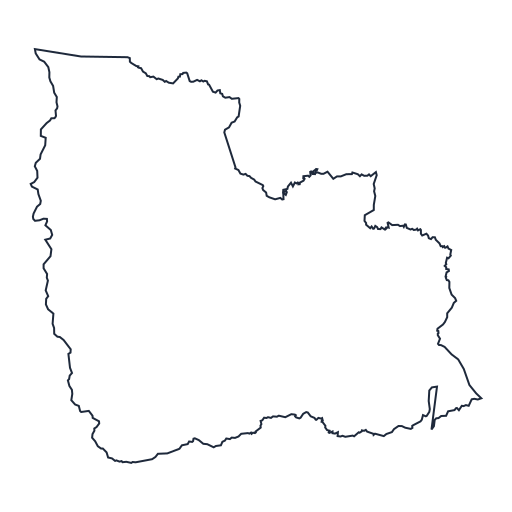 Aripuanã, Mato Grosso, Brazil (Robinson projection)
{"feature_id": "56859067B70029021148533", "entity_name": "Aripuanã", "entity_type": "district", "adm_level": 2, "iso_a3": "BRA", "parent_name": "Brazil", "parent_adm1": "Mato Grosso", "projection": "robinson", "projection_center": [-59.67, -10.104], "detail": "fine", "context": "isolated", "style": "outline", "palette": "slate", "viewbox_px": 512, "rotation_deg": 0, "n_neighbors": 0, "source": "geoboundaries", "source_scale": "gbopen_adm2", "svg_char_len": 5963}
<svg xmlns="http://www.w3.org/2000/svg" viewBox="0 0 512 512"><path d="M315.3,169.8L313.2,171.4L313.9,173.3L315.1,173.3L315.0,174.1L312.6,174.0L312.0,171.9L311.1,171.4L310.2,171.9L310.6,175.4L309.3,176.8L308.1,175.7L303.4,176.2L303.3,178.1L304.1,178.0L304.6,178.8L303.5,180.7L299.9,182.6L299.7,184.2L298.4,184.3L298.5,183.1L297.8,182.5L296.5,183.4L294.9,182.5L292.9,186.4L291.0,182.7L287.9,186.5L287.4,188.9L283.3,189.8L283.1,192.1L286.3,191.2L286.8,192.2L285.8,194.9L284.3,193.7L283.3,193.9L283.5,199.2L282.2,199.5L280.3,197.9L275.1,199.3L269.3,197.3L266.7,195.8L266.1,192.5L263.1,190.0L262.4,188.1L263.3,186.1L262.8,185.1L255.5,181.5L254.2,179.6L251.0,177.8L249.5,176.1L247.4,175.8L245.6,173.9L243.4,174.6L240.4,173.6L238.4,170.0L235.1,168.5L235.5,167.4L224.3,132.4L225.0,129.7L229.0,127.4L231.6,122.7L234.6,121.5L237.2,117.3L238.6,116.5L240.2,105.8L239.2,102.5L239.3,99.0L238.5,98.1L231.8,98.8L229.5,97.1L225.3,97.7L222.9,96.3L222.2,93.9L220.3,93.3L219.8,90.1L217.5,90.5L215.6,92.6L212.9,91.7L209.1,84.7L208.1,84.4L206.9,81.3L204.6,80.8L203.3,81.5L201.4,80.3L199.9,81.3L197.1,79.9L193.3,81.7L191.1,81.8L189.7,81.1L187.2,73.3L186.3,72.6L183.2,72.9L182.5,74.1L180.3,74.2L179.9,76.6L178.4,76.7L177.9,78.4L173.1,83.4L168.8,82.7L166.1,81.0L164.8,81.8L162.7,79.9L158.3,78.5L156.7,79.2L153.4,76.6L150.2,77.2L149.3,76.2L147.3,76.0L145.8,73.3L143.0,71.6L141.1,68.2L138.7,67.7L138.0,67.3L138.3,66.3L136.2,66.0L131.3,63.0L129.9,61.7L129.8,58.1L127.5,57.2L81.0,56.5L34.9,49.1L35.7,53.4L39.5,59.4L44.2,61.7L48.3,67.1L49.4,72.2L49.3,77.5L50.4,81.3L53.1,85.9L54.2,92.7L56.8,97.0L56.5,102.3L57.5,106.4L57.1,108.4L55.5,110.4L56.0,115.9L55.5,117.0L54.5,118.2L51.3,118.3L50.0,120.5L46.6,123.1L40.9,129.4L40.8,135.9L45.7,137.8L45.2,145.3L40.6,154.4L40.0,158.8L35.8,162.8L34.8,166.3L37.2,170.9L37.5,177.7L34.2,182.1L30.7,183.9L31.9,186.6L37.7,189.5L38.4,194.1L40.8,200.8L40.2,204.0L37.0,206.7L33.6,213.5L32.9,216.7L33.3,219.0L35.0,220.8L39.4,220.3L43.5,218.7L46.9,218.9L47.1,221.4L45.4,225.3L50.8,230.0L52.2,234.9L50.2,238.5L45.3,239.7L51.4,249.2L50.5,256.2L43.6,264.3L43.6,268.3L47.1,274.0L46.8,277.7L47.9,280.6L45.7,290.4L48.2,296.2L46.2,298.8L45.9,304.4L48.1,309.3L53.4,313.6L52.6,323.8L54.1,328.0L54.2,333.8L57.4,336.7L59.8,337.0L63.6,340.0L70.7,349.3L70.5,352.6L68.4,353.9L70.0,367.8L72.0,373.0L69.7,375.6L69.1,379.1L67.9,380.4L69.4,386.0L71.9,389.8L72.3,393.9L71.3,400.2L75.1,404.5L78.8,405.9L80.1,411.0L81.2,412.0L88.8,410.9L92.5,415.7L92.7,417.9L99.0,421.3L99.2,423.5L96.5,427.1L94.3,428.5L94.4,430.7L92.5,434.1L92.1,437.7L95.2,441.3L97.8,446.2L101.0,448.5L102.8,448.5L106.6,452.4L108.1,457.5L112.0,458.4L115.1,460.9L116.4,460.4L119.5,461.6L121.6,461.1L122.5,462.2L126.3,461.8L131.3,462.9L132.6,462.0L135.6,462.3L152.1,459.2L155.4,457.0L157.9,453.8L167.3,453.4L179.4,448.8L181.9,445.3L187.7,444.1L189.1,441.5L192.2,441.9L193.1,441.1L193.5,438.7L194.8,438.3L198.8,440.1L203.3,443.8L207.3,444.2L213.7,447.3L215.9,446.0L220.9,445.3L222.4,441.8L224.9,440.6L226.3,438.5L229.9,439.1L231.7,437.6L235.0,437.9L238.5,436.5L241.2,433.8L247.9,433.1L249.4,433.6L251.0,432.6L251.6,433.8L253.0,432.7L254.9,433.1L255.8,432.4L255.5,431.6L260.7,427.6L260.5,425.6L261.4,424.1L260.6,420.9L262.3,420.3L264.1,417.7L266.5,418.0L268.0,417.2L271.0,417.9L273.0,416.4L276.9,416.7L278.8,415.7L285.3,417.2L291.3,414.2L294.9,414.6L295.8,415.2L295.1,416.3L296.1,417.4L299.3,418.4L300.6,417.7L303.2,413.8L306.2,412.1L307.8,412.5L310.7,416.3L314.5,417.9L315.7,419.7L316.4,419.8L318.4,417.9L321.2,418.6L322.1,418.1L322.7,420.4L321.8,420.7L321.6,421.8L322.5,422.0L325.4,425.8L325.2,427.5L327.1,430.1L329.5,430.7L328.7,432.5L329.3,432.9L332.5,431.5L332.5,433.2L335.0,433.6L337.9,432.2L337.6,436.1L340.5,436.5L342.5,435.8L345.3,436.8L352.7,435.6L354.1,436.3L358.7,432.3L359.6,432.7L361.8,431.3L361.9,430.4L364.1,430.8L365.8,429.9L367.1,431.6L373.4,433.8L373.6,434.9L375.0,433.7L383.8,436.1L386.4,434.0L391.9,432.1L394.0,429.1L398.5,426.0L401.9,426.1L405.2,427.7L410.8,428.9L412.4,427.9L412.2,425.9L413.0,425.3L420.5,421.4L421.8,419.7L423.0,415.1L425.8,416.3L426.7,415.9L429.3,411.9L429.8,409.1L428.7,401.0L429.3,390.5L431.9,387.4L437.0,386.6L431.5,429.5L433.9,426.2L434.7,419.9L436.2,418.3L438.5,418.1L441.2,416.0L446.1,415.8L448.1,411.3L454.5,410.1L456.0,408.2L456.9,408.0L458.9,410.2L461.8,405.8L463.6,406.1L465.9,405.1L468.7,405.8L471.7,399.3L474.3,398.8L477.8,399.5L481.3,398.3L476.2,393.4L469.4,385.0L463.8,369.0L458.2,359.4L451.6,354.4L444.6,346.9L441.0,345.1L439.0,345.0L438.0,343.8L440.0,338.7L437.8,335.2L437.8,333.6L438.5,333.1L438.3,331.0L437.2,330.7L437.5,328.7L443.0,324.5L444.9,322.0L447.2,317.2L447.2,313.3L451.8,307.7L453.8,302.9L456.2,300.8L455.1,298.1L451.6,294.6L449.3,288.0L449.4,281.9L448.4,280.3L446.8,280.1L445.8,277.7L446.2,276.9L445.6,276.5L446.6,272.4L448.9,271.0L448.7,269.4L446.2,269.0L446.2,267.2L444.7,265.9L446.3,264.2L445.8,263.0L447.1,257.7L448.5,258.3L450.8,255.6L450.3,254.5L451.2,250.0L448.5,248.6L447.5,246.4L445.6,247.7L444.7,247.6L444.2,246.2L442.8,247.0L442.6,246.2L440.7,246.2L439.5,243.4L435.8,239.8L434.9,237.3L432.6,237.2L431.0,239.1L428.8,238.2L428.1,235.6L426.4,233.7L422.2,235.5L420.9,233.7L420.9,230.0L420.3,229.2L418.0,230.4L417.1,228.7L416.2,229.6L413.8,230.0L412.2,228.8L410.5,229.5L406.8,227.9L405.8,224.5L404.9,224.4L403.8,226.9L403.1,225.7L400.0,226.1L398.0,224.8L392.2,225.1L388.4,222.4L387.6,222.9L388.7,227.6L387.5,227.3L385.9,228.9L385.7,228.0L384.6,229.4L381.5,227.4L380.5,229.1L378.0,229.0L377.2,227.2L375.3,225.9L374.1,228.5L373.2,228.8L371.6,226.5L370.2,228.2L366.1,224.7L366.1,223.0L364.5,220.9L364.8,215.2L373.8,210.0L373.8,204.9L375.3,196.0L374.1,191.3L374.7,188.4L373.7,184.0L376.7,175.2L375.9,172.1L370.7,176.2L369.0,174.4L367.4,175.7L364.2,175.8L361.6,174.4L359.9,176.2L357.8,174.2L352.4,172.5L351.9,174.1L346.3,174.2L340.8,176.4L337.0,176.4L333.3,178.8L327.5,171.7L323.5,173.8L321.2,173.8L317.6,172.4L316.1,172.8L315.3,169.8ZM315.3,169.8L316.9,170.1L317.3,169.2L316.1,169.0L315.3,169.8Z" fill="none" stroke="#1e293b" stroke-width="2"/></svg>